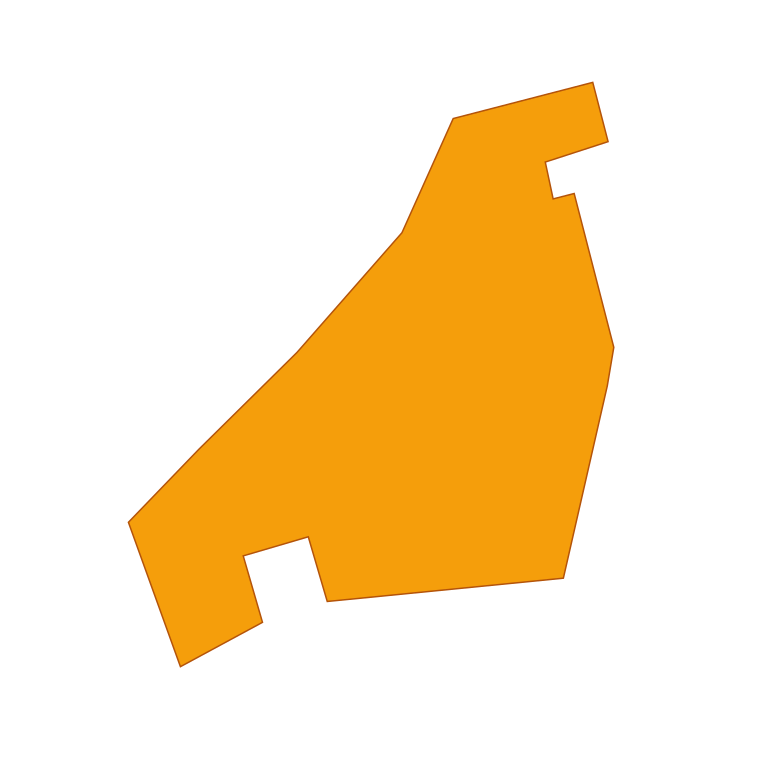 the district of Navoi city, Navoi, Uzbekistan, rotated 254°
{"feature_id": "79887680B50515464661087", "entity_name": "Navoi city", "entity_type": "district", "adm_level": 2, "iso_a3": "UZB", "parent_name": "Uzbekistan", "parent_adm1": "Navoi", "projection": "equal_earth", "projection_center": [65.362, 40.044], "detail": "fine", "context": "isolated", "style": "filled", "palette": "amber", "viewbox_px": 768, "rotation_deg": 254, "n_neighbors": 0, "source": "geoboundaries", "source_scale": "gbopen_adm2", "svg_char_len": 399}
<svg xmlns="http://www.w3.org/2000/svg" viewBox="0 0 768 768"><g transform="rotate(254 384 384)"><path d="M372.2,187.9L321.5,100.2L168.4,110.4L188.4,201.5L257.6,201.3L258.0,269.1L190.6,269.5L147.9,502.9L320.6,598.1L355.9,615.0L514.7,619.3L515.3,597.6L552.9,600.2L555.2,666.2L616.4,667.8L620.1,523.7L524.5,443.0L438.3,309.0L372.2,187.9Z" fill="#f59e0b" stroke="#b45309" stroke-width="1.5"/></g></svg>